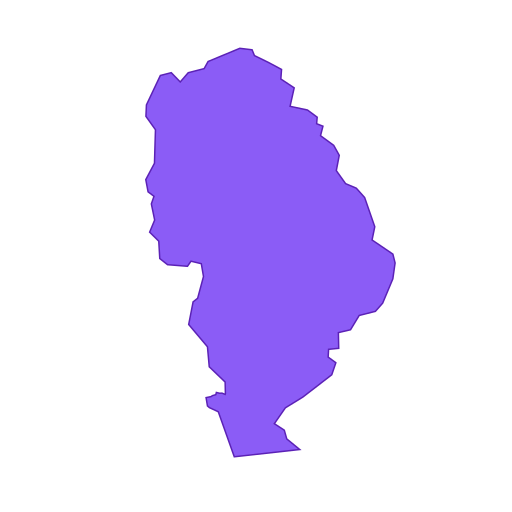 Jackson, North Carolina, United States of America (orthographic projection), rotated 12°
{"feature_id": "52423323B32071814901819", "entity_name": "Jackson", "entity_type": "district", "adm_level": 2, "iso_a3": "USA", "parent_name": "United States of America", "parent_adm1": "North Carolina", "projection": "orthographic", "projection_center": [-83.144, 35.263], "detail": "fine", "context": "isolated", "style": "filled", "palette": "violet", "viewbox_px": 512, "rotation_deg": 12, "n_neighbors": 0, "source": "geoboundaries", "source_scale": "gbopen_adm2", "svg_char_len": 1190}
<svg xmlns="http://www.w3.org/2000/svg" viewBox="0 0 512 512"><g transform="rotate(12 256 256)"><path d="M339.0,436.2L324.1,428.5L319.9,420.5L308.8,416.2L316.3,398.4L331.2,384.2L354.8,356.4L356.3,343.8L347.6,339.9L346.4,332.2L356.1,329.1L352.5,313.8L363.8,308.5L369.3,292.7L384.3,285.3L389.7,275.8L394.6,249.9L393.5,233.9L389.5,225.7L366.2,216.2L366.1,202.7L350.1,176.2L340.0,168.8L328.6,166.6L316.8,155.8L316.5,140.2L309.0,131.6L294.1,124.9L294.5,115.1L287.8,114.0L287.0,107.5L276.0,102.5L258.2,102.5L258.4,83.6L243.5,77.7L242.2,68.2L228.0,64.1L212.8,60.3L209.3,55.1L197.0,56.2L168.7,75.7L166.3,83.5L151.6,90.8L145.7,101.5L135.0,94.3L124.9,99.3L117.4,131.0L119.3,142.3L131.4,153.4L137.4,186.4L132.3,204.2L137.1,215.7L143.8,218.8L142.8,226.8L149.4,241.9L147.0,254.8L157.8,261.7L162.4,278.5L171.3,282.9L191.1,280.3L193.5,274.6L204.1,274.9L208.9,287.0L207.7,309.5L204.0,313.9L204.4,337.0L227.4,354.9L233.3,374.1L252.0,385.7L254.7,397.1L254.6,397.8L251.3,397.2L248.9,397.8L245.6,397.7L245.5,400.0L242.3,401.7L241.4,402.8L236.6,404.9L239.7,412.8L240.2,413.0L240.5,413.2L241.2,413.6L241.9,414.0L251.5,416.2L276.5,456.9L339.0,436.2Z" fill="#8b5cf6" stroke="#5b21b6" stroke-width="1.5"/></g></svg>